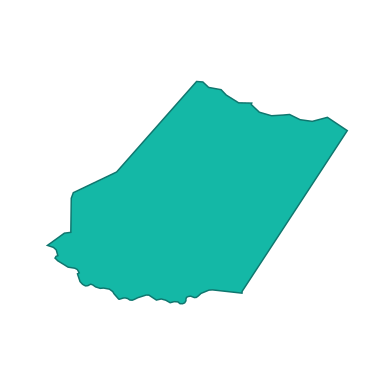 Shelby, Texas, United States of America, rotated 124°
{"feature_id": "52423323B47536211032207", "entity_name": "Shelby", "entity_type": "district", "adm_level": 2, "iso_a3": "USA", "parent_name": "United States of America", "parent_adm1": "Texas", "projection": "natural_earth1", "projection_center": [-93.987, 31.776], "detail": "fine", "context": "isolated", "style": "filled", "palette": "teal", "viewbox_px": 384, "rotation_deg": 124, "n_neighbors": 0, "source": "geoboundaries", "source_scale": "gbopen_adm2", "svg_char_len": 1147}
<svg xmlns="http://www.w3.org/2000/svg" viewBox="0 0 384 384"><g transform="rotate(124 192 192)"><path d="M77.1,159.3L84.3,168.7L88.2,180.8L86.4,191.7L84.9,192.2L92.0,203.2L92.5,217.8L90.9,225.1L96.0,236.7L94.7,244.5L97.8,250.0L217.6,265.7L258.9,290.0L264.7,288.6L293.2,269.9L297.5,274.8L317.1,282.0L315.4,275.9L315.9,272.2L319.8,267.6L321.3,268.7L323.4,268.6L324.1,264.8L323.6,252.7L320.7,246.5L320.4,243.7L322.1,240.3L323.9,241.2L328.9,234.7L329.7,231.2L329.6,229.0L329.3,227.6L327.8,225.9L326.6,225.3L325.0,224.4L324.5,222.3L324.6,218.9L323.2,214.2L321.1,211.6L318.7,206.1L318.9,202.0L320.0,199.7L321.8,192.9L321.5,192.2L320.0,191.0L318.5,189.8L317.2,188.3L316.3,185.7L316.3,183.1L315.1,181.0L312.7,179.4L309.9,177.8L303.1,172.4L301.6,170.1L301.5,161.1L299.8,159.5L297.9,157.7L296.4,153.3L296.0,148.2L292.9,145.5L291.0,142.3L291.3,139.5L289.9,137.3L288.0,136.1L285.6,136.2L284.1,137.2L282.5,137.6L281.0,136.9L279.1,134.9L278.2,131.0L277.0,129.5L274.8,128.7L271.0,127.8L263.9,123.1L261.7,120.3L247.9,94.0L246.3,94.9L54.3,97.6L54.4,121.5L66.2,131.8L71.6,142.8L73.2,154.5L77.1,159.3Z" fill="#14b8a6" stroke="#0f766e" stroke-width="1.5"/></g></svg>